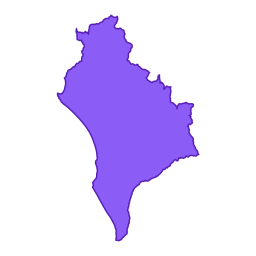 Viru, La Libertad, Peru
{"feature_id": "86281439B2009584770590", "entity_name": "Viru", "entity_type": "district", "adm_level": 2, "iso_a3": "PER", "parent_name": "Peru", "parent_adm1": "La Libertad", "projection": "equal_earth", "projection_center": [-78.588, -8.556], "detail": "fine", "context": "isolated", "style": "filled", "palette": "violet", "viewbox_px": 256, "rotation_deg": 0, "n_neighbors": 0, "source": "geoboundaries", "source_scale": "gbopen_adm2", "svg_char_len": 5692}
<svg xmlns="http://www.w3.org/2000/svg" viewBox="0 0 256 256"><path d="M117.2,16.0L117.0,16.8L116.5,17.2L115.6,17.4L113.8,17.2L113.1,17.0L111.7,15.7L111.1,15.4L110.5,16.5L109.1,17.1L108.7,18.4L106.9,18.4L105.0,18.9L104.7,19.3L103.4,20.1L102.9,21.4L101.7,22.2L100.1,22.6L99.3,23.6L99.0,23.8L97.9,23.9L96.4,23.7L95.5,24.3L94.8,24.4L94.3,24.2L93.5,24.4L92.1,24.3L90.3,25.0L89.4,26.5L89.4,27.8L88.9,29.7L88.8,31.9L88.5,32.7L88.6,33.6L88.5,34.0L88.0,33.6L87.8,33.0L87.4,32.3L86.7,32.2L86.2,32.7L85.8,32.5L85.4,31.8L85.2,32.0L84.7,32.0L84.3,32.7L82.8,33.2L82.4,32.9L82.2,32.5L81.6,32.8L79.8,32.1L79.3,32.4L78.4,32.4L77.1,31.0L76.6,29.9L76.5,29.0L76.4,29.1L76.2,29.6L76.3,30.5L76.1,31.5L76.6,33.3L77.1,34.1L77.1,35.1L76.9,35.7L77.1,37.1L77.1,38.9L77.2,39.4L78.2,40.0L79.3,40.2L80.0,40.5L81.6,40.4L81.7,41.4L81.9,41.9L83.0,43.0L83.1,43.3L83.0,43.9L83.3,44.0L84.2,45.2L84.3,47.1L83.5,47.9L83.1,48.6L83.1,49.6L82.9,50.4L81.7,51.1L82.3,53.4L83.1,54.7L83.1,55.0L82.8,56.1L82.1,56.6L81.9,57.1L81.7,58.5L81.8,59.3L81.4,61.3L80.9,61.5L80.1,61.3L79.3,62.0L78.4,63.3L76.7,63.5L76.3,64.1L75.9,64.4L75.1,65.8L74.9,66.3L74.1,66.9L73.5,66.8L72.9,67.1L71.2,69.0L70.8,69.0L70.2,69.6L69.1,69.8L68.4,70.2L68.0,70.5L67.6,71.9L67.2,72.4L66.7,73.3L66.6,74.3L66.3,74.9L66.1,76.7L65.4,77.1L64.5,78.0L65.3,79.8L65.6,81.8L65.6,84.9L65.0,86.8L64.7,88.6L64.5,89.6L63.0,92.4L61.9,93.7L59.9,93.9L58.5,93.7L58.2,93.4L57.9,93.5L57.8,93.3L57.5,93.7L57.6,94.3L57.7,95.8L57.9,96.1L58.1,96.0L58.5,96.4L58.8,97.2L58.8,98.0L59.4,98.6L61.6,102.1L63.2,103.7L68.1,107.5L72.7,111.8L73.4,112.6L74.1,113.2L78.4,117.6L81.5,121.2L85.8,126.5L89.2,131.7L91.6,136.4L92.6,138.6L95.4,146.7L96.6,151.5L97.3,158.2L97.1,159.3L96.9,159.9L96.0,160.6L95.7,161.5L95.7,162.5L95.5,162.9L96.9,167.2L97.4,170.3L97.3,172.0L96.7,173.7L96.8,176.0L96.3,178.1L95.9,178.7L94.5,180.1L93.5,181.7L92.7,182.6L93.4,185.3L93.2,186.0L92.7,186.6L92.6,187.2L98.0,196.4L98.6,197.7L104.2,207.7L107.0,212.5L110.6,217.6L114.1,224.1L114.9,225.8L115.4,228.2L116.0,229.6L116.3,230.9L116.0,233.2L116.5,236.9L116.0,238.2L116.0,239.2L116.0,240.2L119.1,240.6L121.2,239.5L122.0,238.7L122.6,237.6L123.4,237.2L124.4,236.0L126.8,233.9L127.1,233.0L127.1,228.6L128.0,226.8L128.6,223.7L129.1,223.2L129.3,220.0L129.8,218.4L129.5,216.6L129.0,215.1L128.6,212.1L128.4,211.7L127.7,211.0L127.5,210.2L128.0,209.0L128.1,207.6L128.6,206.9L128.9,204.3L129.5,202.1L130.0,199.6L131.0,197.0L131.2,195.9L132.1,193.7L132.1,192.3L133.0,191.1L133.6,189.5L134.9,187.5L136.1,186.7L136.8,185.9L139.2,184.5L139.5,183.4L140.0,182.8L141.6,181.5L142.8,181.2L143.2,181.4L144.5,180.9L144.9,180.4L145.1,180.4L145.6,181.0L146.9,180.7L147.4,181.0L147.8,181.0L148.3,180.9L148.8,180.2L149.5,180.2L149.8,179.9L150.3,179.2L151.3,178.9L152.0,178.2L153.7,177.9L154.2,177.4L155.7,177.2L156.4,176.3L157.7,176.0L157.9,175.5L158.3,175.3L158.5,175.0L160.3,173.6L160.4,173.4L162.3,171.0L162.6,170.3L163.1,169.5L163.4,169.4L164.2,169.5L164.8,169.3L165.9,167.9L167.4,167.8L167.9,166.7L169.6,166.2L170.1,165.6L170.8,163.7L172.9,162.1L174.5,159.9L175.3,159.7L176.0,160.0L176.3,160.7L177.9,160.6L178.1,160.4L178.1,159.5L178.6,158.1L179.7,158.4L179.9,158.2L180.1,157.8L180.5,157.6L181.2,158.0L182.3,157.7L183.3,158.3L185.3,157.4L185.9,156.2L186.3,156.0L186.6,156.0L187.3,156.7L188.1,157.0L189.5,155.8L190.3,155.6L191.1,155.3L193.3,155.8L194.7,155.6L195.5,156.0L196.2,155.9L196.5,155.8L196.9,155.1L198.5,154.4L198.3,154.2L198.0,153.5L197.6,151.7L197.4,151.0L196.4,150.1L195.8,149.1L195.3,147.7L193.5,144.4L193.5,141.8L192.9,140.4L193.3,139.7L193.2,138.9L192.8,138.0L191.9,136.8L191.0,135.9L189.5,133.6L189.0,132.2L189.3,129.5L188.8,128.9L188.6,127.5L188.3,126.7L187.6,126.2L188.3,125.6L188.9,124.3L189.4,124.1L190.3,124.5L192.3,122.9L192.4,122.3L191.9,121.6L192.1,120.2L191.6,119.3L190.7,118.0L190.6,117.3L190.8,116.7L190.7,116.2L190.4,115.9L189.7,116.0L189.4,115.7L189.5,115.5L190.6,114.9L191.1,114.1L191.1,112.8L190.8,112.3L190.9,108.3L191.4,107.9L192.0,107.0L192.8,106.7L193.1,106.3L193.4,105.5L193.3,104.4L192.9,104.0L191.6,103.8L188.5,103.8L187.5,103.4L186.4,102.5L181.4,103.9L179.0,103.9L178.5,104.5L177.6,106.0L177.1,108.4L176.9,108.5L176.9,107.1L176.6,106.2L176.0,106.0L175.4,105.1L174.6,104.5L173.7,103.4L171.9,102.6L170.9,102.4L170.5,101.9L170.6,101.0L170.4,99.4L170.5,98.6L170.0,97.3L170.0,96.3L170.4,95.0L170.3,94.0L170.8,92.3L170.8,90.5L170.4,88.6L170.7,86.9L169.0,87.0L168.5,86.9L167.0,86.2L166.3,86.3L164.5,89.0L164.4,89.1L164.0,89.1L163.8,88.4L164.2,87.3L164.1,86.1L164.0,85.3L163.2,84.0L162.6,83.4L162.1,82.7L161.4,82.3L160.7,83.0L160.1,82.9L160.2,82.5L160.0,82.1L160.1,81.5L160.0,80.6L159.9,79.9L159.4,78.6L159.6,77.6L159.4,76.4L159.4,75.0L159.0,75.1L158.6,75.8L158.1,76.2L158.0,78.0L158.1,78.9L157.2,79.9L156.8,80.9L153.5,81.5L152.1,82.4L151.0,82.2L149.7,81.2L148.7,80.9L147.4,79.7L146.2,77.7L147.4,76.6L147.9,75.7L148.3,74.3L149.5,72.5L148.5,71.9L148.1,71.2L144.9,69.5L143.1,69.5L142.2,69.2L140.7,68.0L139.7,66.9L138.4,66.0L138.0,65.4L137.9,64.7L137.5,64.4L136.9,64.4L136.0,65.0L135.1,65.2L133.4,64.1L132.0,63.9L131.3,64.1L130.9,64.0L130.2,63.2L129.9,62.4L129.5,61.9L129.0,61.0L128.5,60.7L127.5,60.6L127.0,59.3L127.1,59.1L127.8,58.6L128.1,58.0L128.4,56.1L128.4,54.0L128.5,53.0L129.8,52.0L130.4,51.3L130.7,50.1L130.7,49.5L130.9,49.0L130.8,48.3L131.4,47.8L131.7,47.9L131.9,47.7L132.2,46.3L132.0,45.0L131.5,44.4L130.1,43.3L128.7,42.8L127.5,42.6L126.8,41.9L126.0,41.3L126.0,40.2L125.0,39.2L124.2,37.4L124.1,36.5L124.5,35.6L124.9,33.7L124.3,32.7L124.0,30.9L123.7,30.2L121.9,29.7L120.8,28.4L120.3,28.2L119.7,28.2L119.4,28.7L118.7,29.0L117.6,28.5L117.0,28.5L116.3,28.8L115.9,28.7L115.6,28.0L114.5,27.3L114.3,26.7L114.7,25.2L116.5,22.8L117.7,19.4L117.6,17.7L117.2,16.0Z" fill="#8b5cf6" stroke="#5b21b6" stroke-width="1.5"/></svg>